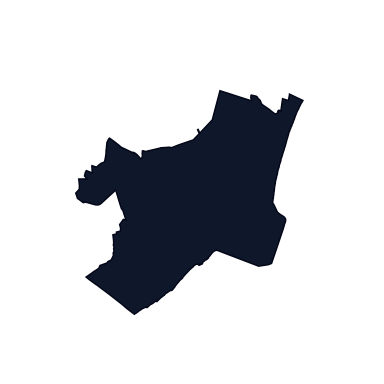 Liepāja, Liepāja, Latvia (Natural Earth projection), rotated 210°
{"feature_id": "27541924B54461346766762", "entity_name": "Liepāja", "entity_type": "district", "adm_level": 2, "iso_a3": "LVA", "parent_name": "Latvia", "parent_adm1": "Liepāja", "projection": "natural_earth1", "projection_center": [21.025, 56.537], "detail": "fine", "context": "isolated", "style": "filled", "palette": "ink", "viewbox_px": 384, "rotation_deg": 210, "n_neighbors": 0, "source": "geoboundaries", "source_scale": "gbopen_adm2", "svg_char_len": 5699}
<svg xmlns="http://www.w3.org/2000/svg" viewBox="0 0 384 384"><g transform="rotate(210 192 192)"><path d="M218.4,293.7L210.5,264.6L214.7,246.8L217.9,249.3L218.3,248.8L214.9,246.2L216.9,237.8L227.1,226.1L231.8,220.2L234.1,219.4L241.1,214.7L242.4,213.3L243.9,211.9L252.4,203.9L254.9,203.3L255.2,203.1L255.1,202.4L255.3,202.4L254.2,200.1L253.8,199.6L253.6,199.4L253.3,198.9L252.5,197.0L252.5,196.8L252.6,195.6L252.8,195.4L253.0,195.4L253.4,195.3L257.8,196.7L258.5,196.9L261.3,197.2L262.9,196.9L262.9,196.5L262.8,196.4L273.3,195.6L275.1,195.4L277.0,195.5L277.5,195.8L285.2,196.9L290.3,197.4L290.7,196.4L290.4,192.3L290.2,191.8L286.9,184.7L287.0,184.7L285.5,181.9L284.3,178.8L282.8,174.4L285.3,171.0L286.6,167.6L287.1,165.8L291.8,164.8L291.4,163.9L290.2,162.2L290.0,161.7L288.1,159.2L288.0,158.6L291.5,158.1L294.2,157.7L294.2,155.8L293.1,152.1L289.9,151.1L289.5,150.8L296.6,146.6L294.9,144.4L293.5,142.3L292.6,141.1L291.0,138.0L291.6,135.3L292.1,132.9L289.4,130.5L288.7,130.0L288.2,129.3L287.8,129.1L287.4,129.3L286.9,129.2L286.5,129.1L280.8,128.4L280.6,128.6L279.9,129.4L279.4,129.7L278.2,130.3L269.9,132.4L268.6,132.9L267.7,133.4L267.0,133.8L266.5,134.2L266.0,134.8L265.6,135.4L265.3,135.8L264.6,137.8L261.8,146.8L259.3,154.7L259.1,155.1L258.3,154.9L249.2,146.3L244.8,142.3L242.7,141.5L235.2,134.7L237.7,134.0L238.4,127.7L235.6,124.8L234.5,122.3L237.4,119.5L236.4,117.9L239.1,115.4L236.7,112.2L234.6,109.2L233.3,106.3L232.1,105.7L231.5,103.6L229.9,101.8L229.8,99.9L228.3,97.6L228.0,92.7L230.0,89.8L230.1,88.1L233.9,83.6L234.9,82.4L234.6,79.3L235.7,76.9L237.3,74.0L238.4,71.3L241.2,65.4L236.8,64.7L229.1,63.9L229.1,64.0L211.7,61.9L196.2,59.7L190.0,58.5L180.8,57.3L180.6,57.8L180.4,58.2L179.9,59.0L179.7,59.5L179.4,60.1L179.3,60.5L179.1,60.8L179.0,61.1L178.8,61.5L178.3,62.8L177.7,63.9L176.8,65.9L176.5,66.3L175.8,67.4L175.2,68.2L175.2,68.3L174.8,68.7L174.1,69.3L173.2,69.4L173.0,69.7L173.0,70.1L172.7,70.7L172.4,71.4L172.2,72.4L172.0,72.9L172.0,73.1L171.4,74.2L171.0,74.7L170.7,75.1L170.6,75.5L170.5,75.8L170.2,76.1L169.8,77.2L169.8,77.4L169.7,77.6L169.5,77.9L169.2,78.6L169.0,78.9L168.2,79.7L167.6,79.6L167.4,80.5L167.2,81.1L167.1,81.4L167.0,81.8L167.0,82.1L166.8,82.6L166.6,83.1L166.3,84.5L166.1,84.8L166.0,85.1L165.8,85.5L165.7,86.2L165.5,86.4L165.6,86.7L165.5,86.8L165.3,87.2L165.1,87.2L164.7,88.3L164.3,88.9L164.3,89.4L164.3,89.8L163.9,91.1L163.7,91.7L163.4,92.0L163.0,92.7L163.0,92.8L163.0,93.0L162.7,93.4L162.5,93.9L162.1,94.7L162.1,94.8L162.1,95.1L161.9,95.2L161.5,95.8L161.0,96.1L160.6,96.5L160.3,96.8L160.2,97.2L160.0,97.4L160.0,97.5L159.8,98.9L159.6,100.0L159.5,100.7L159.4,102.6L159.3,103.5L159.1,104.9L159.1,105.2L158.7,106.8L158.7,107.1L158.4,108.7L158.4,109.1L157.2,112.6L157.5,112.8L157.2,114.0L156.6,117.4L156.1,119.2L155.3,122.7L155.4,123.0L155.2,123.2L153.6,128.0L153.4,129.1L152.8,130.6L152.4,131.2L152.1,131.5L151.6,132.0L150.8,132.3L149.8,132.4L149.6,132.3L149.3,132.0L149.2,132.0L149.0,132.3L148.8,132.8L148.5,133.0L148.4,133.4L148.2,133.4L148.1,133.6L148.1,133.8L147.9,134.0L148.0,134.0L147.6,134.3L147.6,134.6L147.7,134.8L147.4,134.9L147.4,135.0L147.8,135.2L147.9,135.4L147.9,135.5L147.8,135.9L147.4,136.1L147.5,136.2L147.6,136.5L147.5,137.1L146.7,138.5L146.7,138.9L146.5,139.3L146.5,139.5L146.5,139.8L146.4,139.9L146.2,140.2L145.7,140.5L145.8,140.7L145.6,140.9L145.5,141.3L145.2,141.6L145.1,141.8L145.1,142.2L145.0,142.6L144.9,142.7L144.8,143.0L145.1,143.4L144.9,144.1L144.6,145.8L144.5,146.5L144.1,149.3L143.8,150.5L143.5,151.3L143.1,152.1L142.8,152.6L142.4,153.1L142.0,153.5L141.4,153.9L140.9,154.1L97.2,161.1L89.5,167.3L87.4,169.9L91.3,189.5L92.1,193.4L94.6,205.8L95.8,210.5L96.2,213.0L96.5,213.8L97.3,215.3L99.1,216.3L99.6,216.4L101.1,216.6L104.4,216.7L105.9,216.9L107.2,217.1L108.0,217.4L108.9,217.9L109.6,218.4L114.4,221.7L115.6,222.4L117.1,223.2L117.3,224.3L117.6,225.0L118.0,225.5L118.1,226.1L118.3,226.9L119.1,228.5L119.5,229.5L119.7,230.2L120.5,231.9L120.9,232.7L121.2,233.7L121.5,234.4L121.8,234.9L122.1,235.9L122.7,236.9L123.2,238.2L123.5,239.2L123.8,239.9L124.2,241.2L124.6,241.9L125.4,244.1L125.5,244.6L126.1,246.9L126.5,247.8L126.8,249.2L127.2,250.4L127.3,250.9L127.5,251.1L127.6,251.5L127.8,251.9L128.4,253.9L128.7,255.3L129.0,256.6L129.1,257.2L129.6,258.5L130.0,259.8L130.3,261.6L130.5,262.7L130.8,263.3L130.9,264.1L131.4,265.0L131.5,265.6L131.8,267.4L132.2,269.2L132.3,269.6L132.6,270.7L132.9,272.2L133.0,272.4L133.2,273.7L133.3,274.1L133.4,274.7L133.5,275.1L133.7,275.4L133.7,275.7L133.8,275.8L134.0,277.0L134.0,277.4L135.5,283.1L135.8,284.1L137.1,289.6L137.6,291.4L137.8,291.9L137.9,293.6L138.2,294.5L138.3,295.5L138.4,296.2L138.4,296.7L138.7,297.7L138.6,298.6L138.8,299.7L139.0,300.2L139.1,301.6L139.2,302.2L139.3,303.1L139.6,304.4L139.7,305.2L139.8,306.4L140.3,308.1L140.3,308.9L140.5,309.6L141.0,312.8L141.2,314.3L141.2,314.8L141.2,315.2L141.3,316.2L141.3,316.8L141.2,317.2L141.3,317.5L141.4,317.9L141.5,319.2L141.6,319.8L141.6,321.6L141.7,322.0L141.8,323.5L141.7,323.8L141.6,325.3L141.7,326.2L141.7,326.7L156.5,325.5L156.1,324.7L154.3,319.4L160.2,318.1L156.0,307.7L155.9,307.7L155.5,306.7L157.6,306.3L157.8,305.9L157.9,305.5L158.1,305.1L158.1,304.8L157.7,304.3L157.2,304.0L157.5,303.3L157.8,302.6L158.1,302.1L158.4,301.6L158.7,301.4L159.1,301.2L160.1,301.2L163.9,301.7L166.7,302.2L169.3,302.4L172.4,302.6L174.5,302.8L175.1,302.9L175.5,303.0L176.2,303.4L176.3,303.5L176.7,303.7L177.1,304.0L177.5,304.5L178.3,304.9L178.4,305.1L178.8,305.4L179.9,305.8L181.2,305.8L181.4,305.9L182.6,306.7L183.0,306.9L183.5,307.0L184.5,307.0L184.8,306.9L186.5,306.4L187.9,305.9L189.0,305.6L189.2,305.3L189.2,305.1L188.8,304.4L188.3,303.2L187.5,302.3L186.9,302.5L186.7,302.4L186.7,302.2L186.9,300.5L218.4,293.7Z" fill="#0f172a" stroke="#020617" stroke-width="1.5"/></g></svg>